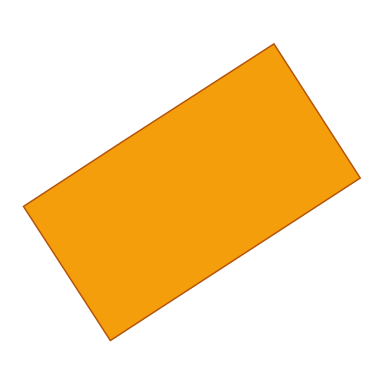 outline of Hamlin, South Dakota, United States of America, rotated 147°
{"feature_id": "52423323B11265703502297", "entity_name": "Hamlin", "entity_type": "district", "adm_level": 2, "iso_a3": "USA", "parent_name": "United States of America", "parent_adm1": "South Dakota", "projection": "robinson", "projection_center": [-97.128, 44.674], "detail": "fine", "context": "isolated", "style": "filled", "palette": "amber", "viewbox_px": 384, "rotation_deg": 147, "n_neighbors": 0, "source": "geoboundaries", "source_scale": "gbopen_adm2", "svg_char_len": 265}
<svg xmlns="http://www.w3.org/2000/svg" viewBox="0 0 384 384"><g transform="rotate(147 192 192)"><path d="M341.4,111.9L281.8,112.0L162.6,112.0L43.3,112.1L42.6,271.6L221.8,272.1L341.2,271.7L341.4,111.9Z" fill="#f59e0b" stroke="#b45309" stroke-width="1.5"/></g></svg>